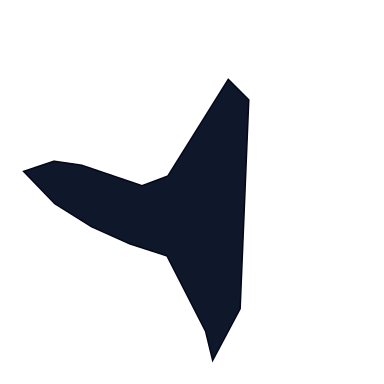 SVG path tracing the border of The Snares, rotated 135°
{"feature_id": "NZL-5480", "entity_name": "The Snares", "entity_type": "state/province", "adm_level": 1, "iso_a3": "NZL", "parent_name": "New Zealand", "parent_adm1": "", "projection": "natural_earth1", "projection_center": [166.619, -48.028], "detail": "fine", "context": "isolated", "style": "filled", "palette": "ink", "viewbox_px": 384, "rotation_deg": 135, "n_neighbors": 0, "source": "natural_earth", "source_scale": "10m", "svg_char_len": 345}
<svg xmlns="http://www.w3.org/2000/svg" viewBox="0 0 384 384"><g transform="rotate(135 192 192)"><path d="M296.5,58.3L280.9,83.9L254.9,164.5L272.7,199.3L287.6,238.5L297.3,280.8L296.5,325.7L267.8,311.4L251.1,289.0L222.9,231.8L197.8,220.4L86.7,246.0L86.7,217.0L240.5,75.4L296.5,58.3Z" fill="#0f172a" stroke="#020617" stroke-width="1.5"/></g></svg>